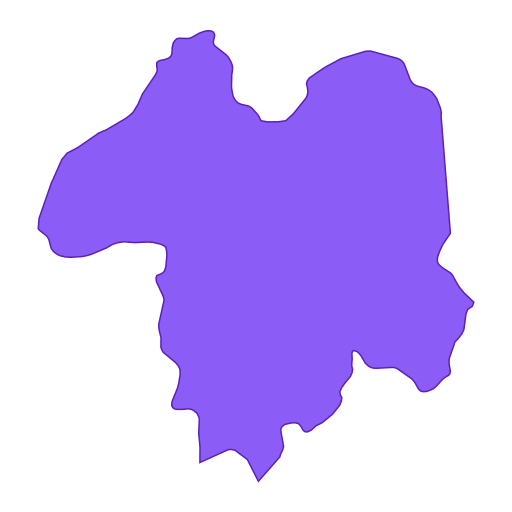 the Province of Saraburi
{"feature_id": "THA-415", "entity_name": "Saraburi", "entity_type": "Province", "adm_level": 1, "iso_a3": "THA", "parent_name": "Thailand", "parent_adm1": "", "projection": "orthographic", "projection_center": [100.926, 14.549], "detail": "fine", "context": "isolated", "style": "filled", "palette": "violet", "viewbox_px": 512, "rotation_deg": 0, "n_neighbors": 0, "source": "natural_earth", "source_scale": "10m", "svg_char_len": 3253}
<svg xmlns="http://www.w3.org/2000/svg" viewBox="0 0 512 512"><path d="M441.1,116.4L450.4,233.3L442.8,244.5L439.8,250.9L437.6,257.0L437.3,260.6L438.0,263.3L439.4,265.1L442.7,267.9L450.2,272.7L451.7,274.1L452.9,275.9L457.4,284.1L459.5,287.3L463.9,292.7L473.8,302.2L472.4,306.2L467.8,309.3L466.0,313.8L463.9,329.5L462.0,333.6L459.0,337.6L455.0,341.9L449.2,358.6L449.0,363.5L450.4,371.2L449.9,373.7L448.5,375.4L445.8,376.8L442.8,379.1L436.0,386.5L433.3,388.7L430.6,390.0L426.4,391.5L423.2,391.7L420.8,391.1L419.1,389.7L417.7,387.7L415.7,383.9L414.5,382.0L413.2,380.3L411.7,378.8L397.2,368.6L394.9,367.7L392.4,367.4L375.7,368.3L372.8,368.0L370.5,367.2L368.5,366.2L365.3,363.1L360.8,355.4L359.1,353.4L357.2,351.7L353.9,350.5L352.4,351.5L351.9,353.8L352.2,358.8L351.8,364.2L351.9,366.7L352.6,369.2L352.1,372.5L350.4,376.5L344.4,383.7L341.6,387.8L340.0,391.2L340.0,393.5L340.7,395.6L341.8,397.6L341.4,401.1L339.6,405.4L332.5,414.2L322.3,422.6L316.0,425.8L311.2,430.2L307.8,431.8L305.4,431.9L303.4,430.6L302.3,428.9L301.3,426.9L299.9,425.1L298.3,423.6L295.3,422.8L291.5,422.9L284.9,424.4L282.1,426.5L280.8,429.0L280.9,431.5L283.6,446.4L283.1,448.5L282.3,450.7L280.4,454.6L279.9,456.8L258.4,481.3L247.4,459.6L235.1,450.3L231.1,449.4L227.9,449.8L199.9,462.5L200.0,446.6L198.7,433.9L199.3,418.7L198.3,415.8L196.8,413.0L193.0,410.1L190.7,409.2L188.0,408.8L182.9,409.4L177.3,409.4L174.7,409.0L172.8,407.7L171.7,405.6L172.0,401.7L177.6,387.8L178.8,382.9L180.1,374.8L180.1,372.1L179.9,369.3L178.4,366.0L175.6,362.6L163.2,352.3L161.9,350.1L160.9,347.2L161.0,337.4L159.4,331.3L158.7,326.3L158.8,323.9L163.9,300.9L164.0,299.1L163.0,295.8L156.5,281.9L156.0,277.9L156.9,275.4L161.3,273.8L163.1,272.6L164.5,270.9L165.3,268.6L165.9,266.0L166.9,255.0L166.5,250.7L165.8,247.3L163.9,245.7L160.7,244.2L152.6,242.3L147.9,242.0L134.7,242.6L124.4,241.8L121.8,242.0L116.9,242.9L112.5,244.4L106.5,247.9L91.6,254.2L87.0,255.6L81.7,256.6L70.5,257.3L65.1,256.9L60.7,255.9L59.2,255.4L57.2,254.2L54.7,252.6L52.8,250.7L51.4,248.7L50.6,246.3L49.0,240.0L47.8,237.6L46.4,235.7L39.5,230.3L38.2,228.5L39.1,218.3L51.1,183.7L61.9,159.4L67.2,153.1L77.7,147.6L99.0,132.9L106.2,129.9L125.6,118.5L130.2,115.0L133.1,112.3L138.0,104.3L142.5,93.9L155.5,74.7L157.2,71.0L157.1,68.5L156.7,65.8L156.8,62.7L158.3,61.2L161.0,60.2L164.4,59.7L168.6,58.1L170.8,56.3L171.9,53.8L172.2,47.5L173.3,42.8L175.0,40.4L176.9,38.7L179.2,38.2L187.4,38.5L189.8,38.2L191.8,37.4L199.2,33.2L204.4,31.3L208.0,30.7L211.0,30.9L213.2,31.9L214.3,33.6L214.7,35.7L213.6,40.0L213.3,42.4L213.9,44.5L215.1,46.1L225.7,54.4L227.3,56.0L228.6,57.6L230.8,61.5L231.7,63.6L232.4,65.9L232.6,68.6L232.4,71.0L231.8,74.6L231.5,85.5L231.6,88.3L233.0,96.0L234.0,98.1L235.2,100.0L236.5,101.6L238.2,103.0L240.4,104.0L242.6,104.7L247.6,105.7L249.7,106.6L251.7,107.9L257.6,114.4L258.7,116.2L261.0,120.7L267.5,121.9L278.3,121.8L285.8,120.7L293.5,113.6L305.9,98.2L306.9,96.2L307.6,93.9L307.9,91.5L307.2,86.5L306.5,84.1L307.1,81.2L309.3,78.0L324.6,67.5L340.9,58.7L365.4,51.3L370.3,51.0L397.6,58.4L399.7,59.4L401.6,60.7L403.1,62.3L404.3,64.1L410.2,79.7L411.4,81.6L412.7,83.4L414.5,84.8L416.5,85.8L419.0,86.6L423.9,87.8L428.1,89.6L431.8,92.2L434.6,95.5L437.0,99.2L440.4,108.1L441.3,112.5L441.1,116.4Z" fill="#8b5cf6" stroke="#5b21b6" stroke-width="1.5"/></svg>